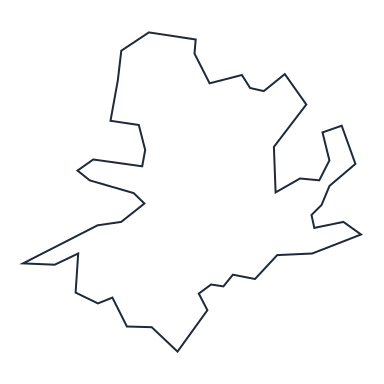 outline of Asaka, Andijon, Uzbekistan
{"feature_id": "79887680B69641421993469", "entity_name": "Asaka", "entity_type": "district", "adm_level": 2, "iso_a3": "UZB", "parent_name": "Uzbekistan", "parent_adm1": "Andijon", "projection": "albers", "projection_center": [72.224, 40.677], "detail": "fine", "context": "isolated", "style": "outline", "palette": "slate", "viewbox_px": 384, "rotation_deg": 0, "n_neighbors": 0, "source": "geoboundaries", "source_scale": "gbopen_adm2", "svg_char_len": 755}
<svg xmlns="http://www.w3.org/2000/svg" viewBox="0 0 384 384"><path d="M284.8,74.1L263.8,91.1L250.1,88.0L241.9,75.0L209.6,83.3L194.5,53.6L195.7,39.5L148.9,32.4L121.3,50.7L117.8,80.5L110.5,120.8L138.8,125.0L145.2,150.0L142.2,166.3L93.2,159.5L77.5,170.6L89.8,180.4L133.7,193.1L144.4,203.5L121.2,221.9L97.6,225.3L23.0,263.4L54.7,264.7L78.2,253.5L75.6,292.6L97.9,303.4L112.4,297.6L126.9,326.5L151.7,327.2L177.5,351.6L207.4,310.2L198.8,293.6L211.1,284.5L223.4,286.4L232.9,274.7L255.0,279.0L277.2,255.1L312.2,253.5L361.0,234.5L343.4,221.9L314.3,227.9L311.5,215.0L321.6,204.9L329.5,185.9L355.4,163.9L341.7,125.7L322.5,132.4L329.4,160.4L319.3,180.3L300.0,178.5L275.6,192.4L273.9,146.9L306.3,104.5L284.8,74.1Z" fill="none" stroke="#1e293b" stroke-width="2"/></svg>